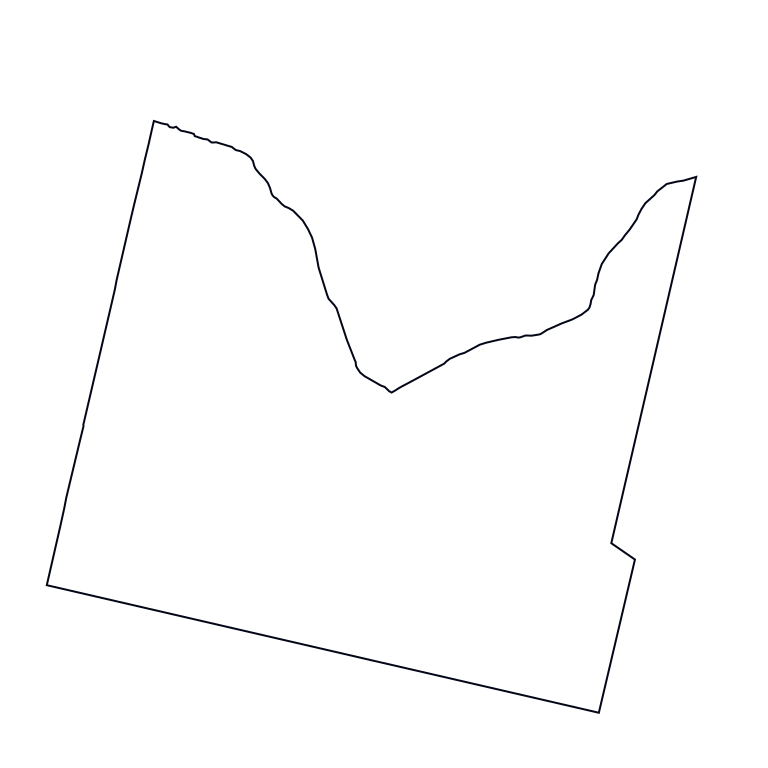 Roberts, South Dakota, United States of America (Robinson projection), rotated 283°
{"feature_id": "52423323B57962410347725", "entity_name": "Roberts", "entity_type": "district", "adm_level": 2, "iso_a3": "USA", "parent_name": "United States of America", "parent_adm1": "South Dakota", "projection": "robinson", "projection_center": [-96.708, 45.616], "detail": "fine", "context": "isolated", "style": "outline", "palette": "ink", "viewbox_px": 768, "rotation_deg": 283, "n_neighbors": 0, "source": "geoboundaries", "source_scale": "gbopen_adm2", "svg_char_len": 1762}
<svg xmlns="http://www.w3.org/2000/svg" viewBox="0 0 768 768"><g transform="rotate(283 384 384)"><path d="M112.0,667.3L269.4,668.0L280.0,641.3L656.0,641.6L649.5,630.0L647.2,624.1L642.5,614.5L633.2,607.0L628.8,604.9L619.0,598.0L612.4,595.5L606.0,593.8L601.5,593.2L589.9,588.7L583.3,585.4L577.9,583.2L573.6,580.2L561.8,573.5L549.9,569.2L540.2,568.1L533.5,568.2L528.2,567.4L517.9,568.3L512.1,567.0L508.4,567.3L504.8,567.0L502.4,566.1L496.1,560.9L489.3,553.0L483.0,543.5L473.3,530.6L468.2,525.7L467.2,524.2L464.3,517.0L463.1,511.0L460.2,506.4L459.5,504.7L459.3,501.3L458.1,497.5L452.8,485.6L447.2,474.2L443.8,468.4L432.5,455.5L429.8,450.8L423.3,442.4L419.5,439.3L417.5,438.2L393.4,410.9L387.3,403.9L387.1,403.6L383.4,399.5L380.4,396.6L377.4,393.3L378.2,390.6L381.3,385.4L381.8,381.3L387.2,363.4L389.7,358.3L393.2,354.5L395.5,352.6L399.2,351.4L400.2,350.5L418.8,337.8L447.0,320.8L449.7,317.8L454.6,310.8L458.4,308.3L482.7,294.1L499.9,286.7L510.4,281.0L517.6,275.3L525.0,268.1L532.4,256.5L534.0,251.6L534.7,247.4L536.2,244.2L540.6,237.6L541.4,234.9L542.6,233.1L544.3,231.6L549.4,228.8L553.5,225.8L557.0,221.7L561.1,215.2L564.8,210.4L567.3,208.5L571.7,206.2L574.6,203.1L577.0,197.9L578.6,191.4L578.6,187.1L579.3,185.3L580.7,182.5L581.8,166.1L580.8,163.1L580.6,161.5L582.6,157.0L582.1,152.9L583.0,143.8L584.8,142.6L585.2,139.8L585.3,133.1L585.1,129.4L585.9,127.2L587.9,123.6L587.1,122.3L586.4,121.4L586.1,118.0L586.4,116.9L588.2,114.6L588.0,113.2L587.9,108.6L588.5,100.6L579.0,100.6L564.3,100.7L557.3,100.6L549.3,100.5L534.4,100.6L519.5,100.4L504.6,100.2L489.8,100.1L425.1,100.1L415.4,100.5L351.6,100.4L276.7,100.2L275.4,100.7L261.6,100.5L201.7,100.0L191.1,100.4L171.8,100.6L112.1,100.7L112.0,435.8L112.0,667.3Z" fill="none" stroke="#020617" stroke-width="2"/></g></svg>